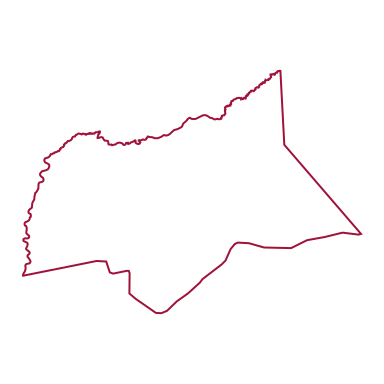 Limulunga, Western, Zambia
{"feature_id": "96606910B48739682467937", "entity_name": "Limulunga", "entity_type": "district", "adm_level": 2, "iso_a3": "ZMB", "parent_name": "Zambia", "parent_adm1": "Western", "projection": "mercator", "projection_center": [23.382, -14.96], "detail": "fine", "context": "isolated", "style": "outline", "palette": "rose", "viewbox_px": 384, "rotation_deg": 0, "n_neighbors": 0, "source": "geoboundaries", "source_scale": "gbopen_adm2", "svg_char_len": 5790}
<svg xmlns="http://www.w3.org/2000/svg" viewBox="0 0 384 384"><path d="M23.1,275.7L96.5,261.0L106.2,261.5L109.8,272.4L113.2,273.6L127.0,270.8L128.8,270.9L129.6,273.2L129.4,293.5L135.6,298.8L155.9,312.9L161.3,313.2L166.9,310.9L176.9,301.3L188.0,293.4L200.0,282.5L202.4,279.2L221.8,264.3L225.5,260.6L230.6,249.1L234.8,244.0L237.9,242.6L248.9,243.2L264.0,247.5L291.1,248.1L306.4,240.5L307.5,240.1L324.8,237.0L341.9,232.8L343.0,232.7L358.4,234.6L361.0,233.9L284.3,144.8L280.4,70.9L279.5,70.8L278.7,71.2L278.1,71.0L277.5,71.3L277.0,71.9L277.2,72.3L277.2,72.6L276.8,72.8L276.2,72.8L275.2,73.2L274.9,73.7L275.0,74.5L274.7,74.7L274.3,74.8L273.2,73.9L272.1,74.7L271.8,74.7L271.8,74.4L271.6,74.3L271.0,74.8L270.8,74.7L270.7,75.0L270.5,74.9L270.5,75.3L270.9,76.0L271.1,77.2L270.1,78.2L269.9,78.8L269.0,78.9L268.5,80.0L268.3,80.0L268.3,79.7L267.9,79.6L267.7,80.0L267.4,80.1L265.9,80.4L265.5,80.0L265.4,80.4L265.1,80.6L265.2,81.0L264.8,82.7L264.2,82.8L263.1,82.1L262.9,82.2L262.7,83.1L262.0,83.1L261.7,83.3L262.0,84.0L261.9,84.2L261.3,84.4L260.5,84.1L259.5,85.3L259.2,85.4L259.2,86.6L258.9,86.7L258.9,87.1L258.7,87.5L258.1,87.7L256.9,87.2L255.5,88.1L255.3,88.3L255.4,88.8L255.2,89.1L255.5,89.4L255.3,89.7L254.0,90.6L253.9,91.1L253.7,91.2L253.4,90.9L252.4,90.6L251.0,90.8L251.1,91.6L250.2,91.8L249.8,92.3L248.9,92.7L248.8,93.2L249.1,93.6L248.9,93.8L247.4,94.3L247.4,95.0L247.8,95.3L247.5,95.8L247.2,95.9L246.7,95.5L245.9,96.0L245.8,96.4L246.0,96.6L245.8,97.0L245.9,97.4L245.4,98.0L245.6,98.5L245.3,98.6L244.7,98.2L244.8,97.9L244.0,97.8L243.7,98.1L243.5,98.4L243.1,98.5L242.9,99.1L242.7,99.1L242.7,98.8L242.5,98.7L241.9,99.0L241.7,98.6L241.3,99.3L241.1,99.4L240.8,98.3L240.0,97.9L239.2,98.0L238.7,97.8L237.3,98.2L236.6,98.1L236.1,98.7L234.9,99.4L234.1,99.4L233.6,99.7L233.1,100.2L232.8,101.0L231.5,101.1L231.4,101.7L231.2,101.8L230.8,102.8L231.1,103.2L230.9,103.7L231.1,104.2L230.9,104.4L230.0,104.6L230.3,105.6L229.5,105.7L229.3,105.5L228.6,105.7L228.6,106.1L227.6,106.4L227.2,106.3L227.1,106.0L226.8,106.2L226.4,106.1L226.2,106.3L226.3,106.6L225.9,107.0L225.1,107.3L224.9,107.7L225.0,108.1L225.5,109.3L225.0,109.8L225.3,110.4L224.9,111.0L224.9,111.6L225.1,111.8L225.2,113.0L225.4,113.5L225.1,114.1L224.6,114.5L224.5,115.0L224.2,115.3L223.2,115.3L221.9,115.8L221.7,116.6L221.9,116.9L221.1,117.7L221.4,118.6L220.8,119.0L219.0,119.3L217.3,118.8L215.6,119.3L214.1,119.3L212.5,118.3L209.9,117.7L208.8,116.8L206.6,115.5L205.0,115.1L202.8,115.4L196.1,118.7L194.5,119.1L192.0,118.9L191.2,118.7L190.1,117.9L189.3,117.9L188.0,118.8L187.1,119.8L186.7,120.6L183.5,123.3L182.8,124.4L182.3,126.1L181.8,126.8L179.9,128.0L177.2,129.2L175.3,129.8L174.8,129.8L173.9,130.2L169.9,133.9L168.1,135.1L166.0,135.6L164.5,135.1L163.7,135.2L161.2,136.8L157.9,138.2L154.6,138.2L152.6,137.3L149.5,137.0L147.9,136.5L147.2,137.7L146.8,137.7L146.5,138.0L146.3,139.1L146.0,139.4L144.5,139.9L143.8,139.8L143.0,139.4L140.9,140.4L140.3,140.4L139.8,140.1L138.8,140.3L138.7,140.8L139.5,141.5L139.8,142.4L140.2,142.6L139.8,143.4L139.4,143.8L138.4,144.0L137.9,144.0L136.6,143.5L135.8,143.0L135.3,142.0L135.7,141.2L135.4,140.4L135.1,140.4L134.6,140.5L134.1,141.1L133.4,141.3L132.7,141.9L130.8,142.4L130.5,142.9L128.9,143.9L128.1,142.9L127.7,143.4L127.4,142.9L126.3,142.9L126.0,143.1L125.5,144.3L125.1,144.7L124.5,144.9L123.6,144.9L123.1,144.5L122.7,143.8L121.7,143.1L120.0,142.7L118.8,142.7L117.2,143.1L115.4,144.5L112.8,144.9L112.1,145.3L111.3,144.5L110.5,144.7L108.6,144.4L108.3,143.8L108.3,142.0L107.7,140.9L106.8,140.7L106.2,140.8L105.8,140.6L104.8,140.6L104.3,140.2L103.2,138.7L103.0,138.0L102.7,137.5L101.8,137.2L100.7,137.2L98.8,137.9L97.6,138.0L97.6,137.0L98.2,135.6L98.2,134.8L98.6,134.2L99.4,133.7L99.5,132.6L100.0,132.1L100.0,131.6L99.6,131.4L98.7,131.6L98.6,132.1L98.1,132.3L95.7,132.2L94.7,133.0L94.7,133.3L94.3,133.4L94.2,133.6L93.1,133.4L92.7,133.8L91.6,133.4L91.2,133.8L90.5,133.8L90.5,133.2L90.1,133.0L89.7,133.3L89.3,133.2L88.8,133.8L88.5,133.6L88.2,133.8L87.8,133.8L87.2,134.1L86.4,134.1L86.2,134.7L85.8,134.7L85.2,134.0L84.4,134.2L83.4,133.6L82.8,133.6L82.3,133.9L82.0,134.3L81.4,134.4L80.9,134.0L78.7,133.5L77.9,133.8L76.5,134.9L76.1,134.8L75.7,135.1L75.0,136.5L73.7,136.6L72.7,137.1L72.1,138.1L72.0,138.8L70.8,140.2L68.9,141.1L67.6,141.1L66.9,142.4L66.4,142.8L66.1,142.8L65.6,143.4L65.2,143.3L64.5,144.2L64.0,144.5L64.1,145.1L63.9,145.6L64.1,145.9L63.4,146.5L63.2,147.0L62.4,147.2L60.8,148.0L60.7,148.3L60.4,148.6L60.4,149.2L59.8,149.3L59.7,150.1L58.9,151.2L57.8,151.1L56.5,152.1L55.1,152.2L54.5,152.6L54.4,153.0L54.1,152.9L53.7,153.3L52.9,153.5L52.6,153.5L51.8,154.3L51.4,154.4L50.7,154.2L50.0,155.9L49.4,156.3L48.7,157.2L44.9,158.5L44.4,159.6L44.3,160.5L44.9,162.1L45.5,162.6L47.7,163.6L48.7,164.3L49.2,164.8L49.3,166.3L48.8,167.9L47.9,169.3L45.9,170.3L42.2,171.2L40.9,172.5L40.0,173.9L40.2,175.3L40.7,176.0L41.7,177.0L42.6,177.5L43.4,178.6L43.5,180.3L43.3,180.8L42.6,181.5L41.9,181.9L39.3,182.6L38.7,183.5L38.5,184.5L38.3,188.8L37.4,190.2L37.1,191.0L35.9,192.6L35.3,192.9L35.1,193.7L34.4,197.1L34.3,199.4L33.1,201.4L32.3,203.1L31.9,207.4L31.5,208.1L30.3,208.8L28.7,210.5L28.5,211.4L28.6,212.8L29.3,213.5L30.4,213.9L30.7,214.3L30.9,215.7L30.7,216.9L29.9,217.4L29.6,219.0L28.9,220.4L27.3,221.5L25.6,222.0L24.8,222.9L24.6,223.4L24.6,224.6L24.9,225.3L25.1,225.6L26.2,226.1L26.7,227.7L26.7,229.8L26.4,231.5L26.3,233.1L27.3,234.3L28.8,235.5L29.1,235.9L29.2,237.2L28.2,238.2L27.7,238.4L24.7,238.4L23.5,239.2L23.3,240.2L23.7,241.1L27.1,242.7L27.5,243.2L27.7,244.1L27.1,246.6L26.5,247.5L26.1,248.8L26.3,249.4L29.5,252.0L29.6,253.3L29.1,254.1L28.0,254.9L27.5,255.7L27.6,257.0L28.7,258.1L29.5,259.4L30.4,260.9L30.5,261.6L30.2,262.5L29.5,263.4L27.2,263.8L26.3,264.1L25.6,264.9L25.3,265.6L25.6,267.5L25.5,269.3L24.9,271.3L24.5,272.1L23.9,272.7L23.3,274.2L23.0,274.8L23.1,275.7Z" fill="none" stroke="#9f1239" stroke-width="2"/></svg>